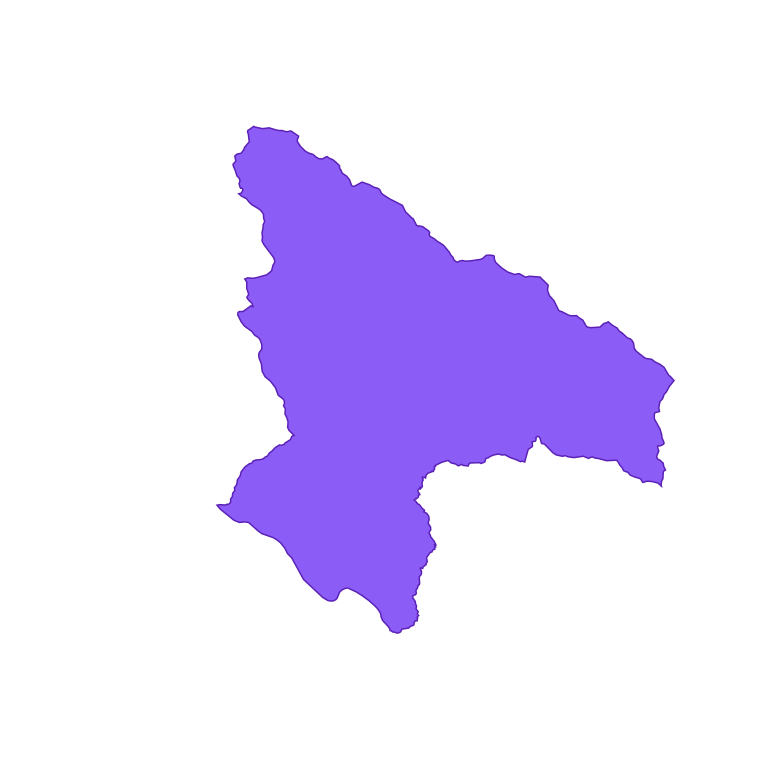 the district of Betulia, Antioquia, Colombia, rotated 133°
{"feature_id": "7082276B84924592103866", "entity_name": "Betulia", "entity_type": "district", "adm_level": 2, "iso_a3": "COL", "parent_name": "Colombia", "parent_adm1": "Antioquia", "projection": "equal_earth", "projection_center": [-75.957, 6.181], "detail": "fine", "context": "isolated", "style": "filled", "palette": "violet", "viewbox_px": 768, "rotation_deg": 133, "n_neighbors": 0, "source": "geoboundaries", "source_scale": "gbopen_adm2", "svg_char_len": 6171}
<svg xmlns="http://www.w3.org/2000/svg" viewBox="0 0 768 768"><g transform="rotate(133 384 384)"><path d="M269.5,111.5L268.4,112.9L265.4,114.9L263.1,115.4L258.1,119.6L256.8,120.0L254.9,119.5L253.4,123.4L251.5,125.7L251.5,130.2L252.3,132.8L251.6,134.5L250.7,135.4L245.5,137.4L244.2,140.0L242.8,141.6L240.6,139.6L237.5,138.5L236.3,138.8L235.1,140.7L234.0,143.7L231.9,146.1L228.8,151.2L225.1,162.6L221.9,165.5L220.8,166.1L219.6,166.0L216.8,164.0L216.0,163.9L214.2,166.7L208.7,170.2L204.8,170.2L200.7,172.0L197.1,172.1L191.1,173.7L183.7,174.2L183.2,180.1L183.5,181.5L180.8,190.7L181.4,195.7L182.9,200.4L183.4,205.1L186.4,209.4L187.1,211.2L188.0,222.0L187.1,225.5L183.9,229.4L183.0,232.4L183.1,235.0L184.3,237.2L184.3,244.7L184.9,247.9L184.1,251.6L185.3,257.0L185.6,262.5L186.9,262.7L189.8,264.5L195.1,264.9L202.1,271.5L203.6,274.1L203.8,275.5L201.7,282.1L202.7,287.4L202.6,289.7L206.3,293.4L207.6,295.5L209.7,302.9L211.0,305.9L210.8,307.0L207.2,316.4L206.5,323.5L204.0,328.3L199.7,331.4L199.4,342.9L206.1,351.2L209.4,353.4L211.0,360.1L212.3,361.5L214.7,362.9L217.8,370.0L218.9,377.4L218.9,385.3L217.5,388.3L215.4,390.6L215.3,391.1L215.9,392.3L217.9,394.9L220.2,397.0L225.1,397.5L227.2,398.5L235.5,405.2L238.6,408.2L240.1,410.8L242.2,412.4L244.8,413.4L245.5,415.2L245.4,417.8L244.3,419.9L244.2,422.8L243.1,426.0L242.0,434.4L242.2,437.1L243.3,442.4L243.5,446.4L244.7,451.2L243.8,452.9L242.0,454.0L241.6,455.7L242.5,462.7L243.7,465.2L245.5,467.2L245.7,468.5L243.2,475.5L243.6,476.6L243.4,485.8L240.8,492.3L244.8,506.3L246.2,514.4L246.2,515.9L244.9,519.4L244.9,521.1L245.5,522.9L247.0,525.6L248.2,530.7L251.3,537.7L259.8,540.6L260.9,542.1L260.8,543.2L258.1,548.6L257.5,553.3L258.3,558.4L257.0,561.2L256.6,563.3L254.7,565.5L254.6,570.4L254.9,574.7L256.1,577.5L256.5,580.6L257.3,581.2L261.3,582.5L263.5,585.0L264.3,588.1L264.5,592.4L266.5,596.7L267.4,600.6L267.2,607.1L265.7,612.9L264.4,614.1L261.6,615.0L261.0,615.7L262.4,624.6L266.1,627.4L268.3,631.7L270.0,633.3L271.6,635.8L275.0,642.7L280.1,647.0L284.1,653.6L284.3,654.9L291.6,656.5L292.8,655.6L293.8,653.6L298.8,647.7L305.8,647.4L308.4,646.3L311.9,645.9L312.9,646.0L316.1,648.3L319.0,648.6L322.0,644.4L326.2,644.3L327.4,642.8L329.5,638.0L332.1,633.5L332.2,631.2L333.0,628.6L334.8,627.2L336.2,626.8L338.1,623.8L338.6,622.4L337.6,620.9L338.0,619.9L339.0,619.2L341.9,618.6L343.9,620.0L343.8,616.3L342.3,610.9L343.0,606.3L343.0,602.8L341.2,594.5L341.3,591.1L342.1,587.9L344.9,585.0L346.5,582.1L349.9,581.0L352.2,579.0L356.4,576.5L360.0,572.5L362.0,571.4L362.9,570.0L364.1,566.4L366.5,552.6L367.1,550.2L368.6,547.7L370.6,546.6L372.8,546.2L377.9,543.4L384.1,544.2L393.4,549.9L395.9,551.8L399.4,556.1L402.2,557.4L403.1,553.8L407.6,549.7L410.7,544.1L413.9,543.5L414.5,542.9L415.1,539.4L415.0,535.8L416.8,532.6L417.6,534.7L427.0,536.5L429.9,539.4L431.6,539.4L433.3,537.9L435.9,530.9L436.8,525.5L435.7,516.3L436.5,512.1L435.7,506.9L436.4,504.2L438.5,500.3L441.9,497.1L446.0,496.8L448.4,495.3L450.2,493.1L452.9,487.4L457.7,481.9L459.8,476.0L459.4,468.8L460.7,461.0L464.4,453.6L463.8,448.4L464.1,445.8L466.1,443.5L468.4,442.7L469.4,439.3L473.5,435.9L475.0,431.9L477.3,428.2L481.5,424.8L482.7,421.7L483.0,414.7L485.3,415.7L488.5,414.5L494.4,416.1L496.4,415.9L498.8,417.2L499.8,418.9L505.0,420.2L509.7,420.2L512.5,420.8L515.8,420.1L519.1,421.2L520.7,421.2L523.5,422.7L527.0,425.9L529.7,427.2L532.1,426.7L534.2,428.1L539.2,429.1L545.6,428.6L549.6,426.4L553.9,425.9L558.1,423.1L561.8,422.7L563.8,420.4L567.0,420.2L569.7,418.2L572.9,417.6L575.1,415.5L578.1,415.6L579.1,416.9L580.8,417.6L584.1,421.7L586.5,423.5L587.2,418.3L586.0,401.0L583.9,395.4L579.4,391.4L577.6,388.5L577.3,376.0L576.8,371.4L571.9,360.2L571.0,356.1L570.7,351.4L571.7,344.5L573.8,339.0L574.1,332.9L581.8,309.5L581.9,283.1L580.6,277.3L578.8,274.6L576.9,273.0L574.7,272.2L572.7,272.2L566.5,274.5L562.9,274.2L559.6,272.8L557.9,271.4L555.0,262.6L553.7,255.7L552.7,247.5L552.5,239.6L552.7,235.8L553.5,232.1L554.4,229.6L556.4,227.1L557.9,223.7L558.5,215.3L559.1,213.0L560.2,211.3L559.6,210.4L559.4,208.4L558.3,207.1L557.4,204.7L556.1,203.6L553.9,202.8L551.0,203.7L545.7,199.5L543.3,199.4L539.9,197.8L538.2,199.0L536.2,199.6L535.7,199.6L534.5,198.2L533.1,199.6L532.2,199.7L531.5,201.0L529.7,200.7L529.4,203.0L527.2,203.6L526.7,207.1L524.2,208.8L523.2,211.1L521.7,212.8L520.8,216.9L519.6,218.2L518.4,218.4L517.1,217.4L515.9,217.3L514.9,217.8L513.2,219.9L510.4,220.4L508.0,221.7L507.1,221.3L505.8,221.7L501.0,226.7L498.3,226.8L496.4,227.8L495.1,229.4L494.1,232.0L493.1,231.3L492.5,229.9L490.9,230.7L487.4,230.0L486.7,230.8L484.5,231.1L482.5,233.9L481.5,234.6L475.5,235.3L474.3,234.4L471.8,235.1L470.1,234.2L468.9,235.7L468.0,235.1L467.1,237.3L466.3,236.3L464.8,240.0L463.9,245.7L462.7,247.5L462.5,249.1L461.0,250.1L458.7,250.4L456.8,252.5L455.6,256.9L452.4,258.5L450.3,260.9L449.4,264.4L450.4,267.8L449.3,267.8L448.7,268.4L448.9,271.4L448.1,275.8L448.8,278.3L448.3,279.1L448.1,282.9L446.3,282.6L446.2,282.1L443.1,281.8L441.9,283.0L440.5,282.3L440.1,282.8L439.7,285.3L438.8,286.6L437.3,287.0L436.1,285.9L435.1,287.2L434.6,285.8L432.8,286.0L430.2,289.0L427.5,289.9L426.7,291.7L425.9,292.3L425.4,291.1L424.6,291.0L424.4,289.5L421.8,291.1L418.7,290.9L416.6,289.5L415.3,289.5L414.6,288.3L414.2,288.2L413.0,289.1L412.0,288.8L410.6,290.5L409.3,290.1L408.8,291.0L401.9,288.4L396.2,285.0L395.9,281.0L393.7,277.1L393.2,274.0L392.5,273.3L390.9,273.2L390.2,272.5L389.4,270.4L386.6,266.5L384.6,267.3L383.0,267.1L376.4,260.5L376.1,259.0L373.5,257.6L372.0,257.2L369.7,258.5L368.5,258.5L366.9,257.4L364.6,257.0L360.9,255.2L357.3,252.7L355.4,249.2L353.3,247.4L351.8,241.6L349.4,236.2L347.7,231.2L346.3,230.5L345.1,227.9L333.6,233.9L328.7,232.9L327.4,233.7L325.4,236.2L322.4,234.3L320.9,234.9L319.5,236.4L317.4,235.9L316.9,234.4L317.1,233.2L320.0,228.3L318.5,225.5L319.1,213.8L318.5,209.9L315.2,204.2L312.8,202.6L311.8,199.9L308.1,194.7L300.9,189.0L298.9,183.7L296.0,182.5L295.0,181.5L294.4,179.4L292.1,176.1L288.3,168.9L281.1,161.9L281.4,159.6L282.4,156.5L282.9,152.5L284.0,149.6L282.2,145.1L282.7,142.6L282.5,141.1L281.1,137.3L278.7,132.6L278.5,131.1L279.5,127.9L278.9,127.0L277.0,126.2L275.4,125.0L272.4,121.3L269.6,116.0L269.5,111.5Z" fill="#8b5cf6" stroke="#5b21b6" stroke-width="1.5"/></g></svg>